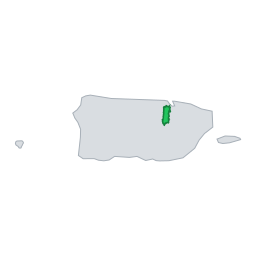 Bayamón, Puerto Rico (highlighted)
{"feature_id": "32010507B22305202508705", "entity_name": "Bayamón", "entity_type": "district", "adm_level": 2, "iso_a3": "PRI", "parent_name": "Puerto Rico", "parent_adm1": "", "projection": "equal_earth", "projection_center": [-66.167, 18.345], "detail": "fine", "context": "in_parent", "style": "filled", "palette": "green", "viewbox_px": 256, "rotation_deg": 0, "n_neighbors": 0, "source": "geoboundaries", "source_scale": "gbopen_adm2", "svg_char_len": 3075}
<svg xmlns="http://www.w3.org/2000/svg" viewBox="0 0 256 256"><path d="M169.5,103.9L172.1,106.2L174.7,105.9L172.6,101.2L174.5,101.2L190.8,104.0L201.3,108.9L212.1,111.2L212.8,127.1L204.5,133.5L199.1,140.1L194.7,148.3L183.0,157.8L169.0,160.7L159.6,160.9L156.1,160.6L152.7,159.0L145.7,160.5L137.0,156.4L129.5,157.4L114.6,156.4L109.1,160.0L103.8,160.8L98.5,160.2L94.1,158.6L83.1,158.7L78.4,155.5L80.4,137.4L80.6,129.2L77.9,122.4L74.9,118.1L72.8,113.1L77.1,109.8L80.7,105.0L81.8,97.7L85.7,95.9L90.3,95.1L111.3,98.5L164.4,100.4L167.5,101.0L169.5,103.9ZM229.5,142.8L222.8,143.5L218.5,142.5L217.0,139.1L225.1,136.0L234.6,136.4L240.0,138.3L240.6,139.6L229.5,142.8ZM20.9,148.0L20.1,148.1L19.3,148.0L18.9,147.7L18.3,146.6L15.9,144.9L15.4,143.3L15.9,141.7L16.9,141.0L21.8,140.8L22.3,141.0L23.3,142.2L23.4,143.0L22.9,143.8L22.0,145.8L21.6,146.3L21.3,146.8L21.2,147.7L20.9,148.0Z" fill="#d9dde1" stroke="#a8b0b8" stroke-width="1"/><path d="M163.1,118.7L163.0,119.7L162.7,119.7L162.4,119.7L162.3,119.8L162.4,120.0L162.5,120.1L162.6,120.8L162.7,121.0L162.5,121.3L162.5,121.5L162.7,121.8L162.7,122.0L162.8,122.6L162.9,122.8L162.9,123.2L163.0,123.3L163.3,123.2L163.5,123.4L163.4,123.8L163.6,123.9L163.9,124.0L164.0,124.2L164.1,124.4L164.0,124.5L164.0,124.8L164.1,125.1L164.3,125.2L164.4,124.9L164.6,124.7L164.7,124.3L164.8,124.1L165.0,123.9L165.3,123.7L165.4,123.4L165.4,123.2L165.5,123.2L165.8,123.0L165.9,122.9L166.2,123.1L166.3,122.9L166.5,122.7L167.1,122.5L167.3,122.6L167.7,122.7L168.0,122.7L168.3,122.8L168.4,122.5L168.2,122.4L168.6,122.2L168.5,121.9L168.5,121.7L168.5,121.4L168.5,121.1L168.7,120.8L168.8,120.7L168.7,120.6L168.6,120.4L168.5,119.9L168.6,119.6L168.5,119.2L168.8,119.2L169.2,119.1L169.1,118.9L168.7,118.5L168.5,118.3L168.5,118.2L168.5,117.7L168.5,117.2L168.6,116.9L168.9,116.7L169.1,116.5L169.1,116.4L168.9,116.4L168.9,116.2L169.0,115.8L168.8,115.7L168.9,115.4L168.9,115.0L168.9,114.8L168.6,114.1L168.4,113.9L168.4,113.5L168.5,113.3L168.8,113.1L168.8,112.8L168.8,112.2L169.0,112.1L168.8,111.7L168.8,111.4L169.0,111.0L169.3,111.3L169.7,111.5L169.9,111.7L170.1,111.8L170.2,111.6L170.4,111.4L170.3,111.1L170.2,110.8L170.0,110.3L169.9,110.0L169.8,109.8L169.8,109.7L169.7,109.5L169.9,109.2L169.8,108.9L169.7,108.9L169.6,108.7L169.9,108.4L169.9,108.0L170.2,107.4L169.9,106.9L169.7,106.8L169.5,106.7L169.2,106.7L169.3,106.2L169.0,106.5L169.0,106.4L168.5,106.4L168.4,106.4L168.2,106.4L167.3,106.5L167.1,106.6L166.9,106.1L166.7,106.1L166.7,105.9L166.5,105.7L166.4,105.6L166.2,105.6L166.1,105.8L166.1,106.1L165.9,106.3L165.8,106.5L165.4,106.9L165.2,106.6L164.7,106.6L164.5,106.8L164.2,106.9L164.2,107.0L164.0,106.9L163.9,107.1L163.7,107.3L163.6,107.5L163.7,107.8L163.8,108.1L163.7,108.2L163.7,108.4L163.7,108.6L163.8,109.1L163.9,109.4L163.7,109.8L163.8,110.0L163.7,110.1L163.7,110.3L163.7,110.7L163.7,111.7L163.5,112.2L163.6,112.3L163.5,112.6L163.6,112.9L163.7,113.0L163.7,113.4L163.7,113.6L163.5,114.2L163.5,114.3L163.6,114.6L163.4,115.1L163.5,115.9L163.4,116.1L163.2,116.3L163.3,117.1L163.3,117.6L163.1,118.6L163.1,118.7Z" fill="#22c55e" stroke="#15803d" stroke-width="1.5"/></svg>